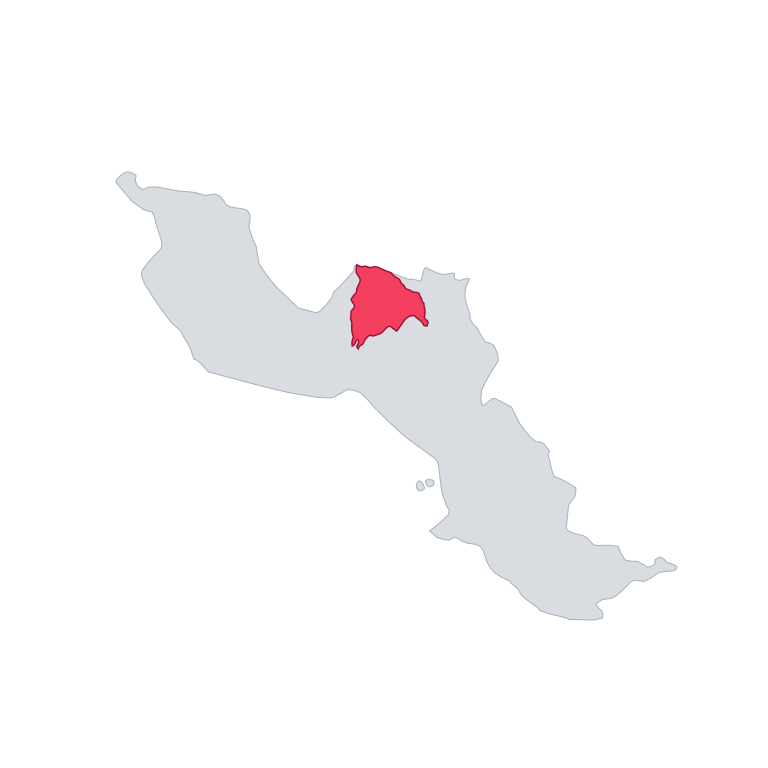 where Lilongwe sits in Malawi, rotated 141°
{"feature_id": "MWI-1909", "entity_name": "Lilongwe", "entity_type": "District", "adm_level": 1, "iso_a3": "MWI", "parent_name": "Malawi", "parent_adm1": "", "projection": "orthographic", "projection_center": [33.699, -14.021], "detail": "fine", "context": "in_parent", "style": "filled", "palette": "rose", "viewbox_px": 768, "rotation_deg": 141, "n_neighbors": 0, "source": "natural_earth", "source_scale": "10m", "svg_char_len": 5431}
<svg xmlns="http://www.w3.org/2000/svg" viewBox="0 0 768 768"><g transform="rotate(141 384 384)"><path d="M295.6,447.3L291.2,441.1L287.6,442.7L282.5,447.0L279.8,448.2L278.4,448.1L277.5,447.0L276.4,444.2L272.5,436.3L268.1,430.7L263.4,428.6L259.6,426.0L261.3,423.5L263.1,421.7L262.3,419.8L260.2,417.1L251.9,413.2L251.8,411.5L259.0,408.1L263.6,404.1L266.7,400.2L270.6,391.7L273.8,383.2L276.2,380.5L277.0,374.9L276.4,368.6L278.0,360.5L278.8,352.9L276.3,349.9L274.3,344.8L276.7,336.1L280.5,330.1L298.8,323.8L311.6,318.1L314.3,315.6L318.7,310.8L321.1,306.1L319.3,304.6L309.3,304.5L306.8,302.7L299.5,286.2L303.5,267.1L303.8,259.7L303.7,250.4L302.4,243.7L299.2,240.8L297.3,237.2L297.8,227.3L300.8,226.1L307.1,213.0L310.0,205.3L306.6,199.1L302.8,190.3L301.1,184.7L300.1,182.9L302.7,179.4L307.1,176.1L311.9,175.1L317.0,173.5L333.2,157.2L333.4,154.1L330.5,148.6L324.4,140.4L323.1,137.0L322.3,127.1L319.9,124.2L311.0,117.5L304.2,110.5L306.3,103.4L307.5,95.7L304.1,91.4L299.0,87.0L295.9,80.5L294.5,75.7L290.5,73.8L286.8,73.8L284.2,76.8L281.3,76.5L277.8,75.5L276.6,71.3L276.4,66.8L274.0,63.8L271.7,59.5L271.4,57.3L272.8,56.6L275.9,56.2L289.0,64.7L296.9,65.1L305.8,66.7L313.3,74.2L317.2,75.1L322.2,74.1L336.4,73.3L342.2,74.4L349.5,78.8L352.4,79.4L357.0,79.6L357.8,78.4L358.3,75.8L357.5,70.6L358.5,67.7L361.3,64.6L369.1,68.2L388.5,84.7L389.1,86.8L401.4,103.1L405.4,110.0L405.4,113.6L409.2,127.8L410.0,134.5L409.1,139.5L409.3,143.6L410.8,149.4L410.3,151.8L414.6,160.4L416.7,167.5L417.1,174.5L415.9,181.3L412.0,191.2L411.3,195.2L412.1,198.9L414.6,202.8L418.8,207.1L422.0,212.2L424.1,218.3L425.9,221.0L428.1,221.0L432.2,221.9L435.6,225.5L439.4,231.4L440.6,238.2L441.2,241.1L430.2,240.9L416.3,241.9L412.9,244.6L411.8,250.5L407.5,262.7L405.0,267.1L399.9,275.3L392.6,286.8L391.1,290.6L391.4,294.5L395.6,310.2L400.0,326.7L401.4,333.2L404.5,355.1L406.2,370.7L406.4,379.8L407.8,392.0L411.8,398.6L415.9,402.7L431.4,405.3L436.1,408.3L444.8,416.2L463.9,437.8L474.4,451.5L483.6,463.7L500.0,486.2L512.7,503.8L514.1,520.1L516.2,522.5L511.8,534.6L508.8,554.1L510.7,567.1L509.6,589.3L507.0,612.8L504.0,621.3L500.2,624.4L491.3,626.9L471.6,629.7L468.7,632.4L466.1,637.0L462.1,647.8L457.3,658.7L455.8,663.4L456.7,664.5L460.9,670.1L464.9,684.4L465.5,708.9L464.0,710.7L458.2,711.8L452.0,711.4L449.5,710.0L447.2,707.3L445.5,702.0L449.6,698.4L451.1,692.0L448.6,686.5L443.3,685.3L436.7,680.3L422.6,663.8L410.8,652.3L404.0,642.7L396.9,638.9L394.9,636.6L393.2,632.5L393.2,626.8L393.9,622.5L391.7,617.7L384.6,610.2L381.3,606.1L381.2,601.2L384.2,596.5L390.3,590.7L395.0,579.0L396.7,571.4L405.4,556.2L406.6,542.9L406.8,532.3L406.3,524.4L404.2,508.1L402.7,496.9L392.0,482.2L388.5,480.8L378.4,482.0L369.6,484.2L365.3,487.2L358.8,487.4L341.7,489.9L336.3,491.0L333.2,493.7L331.4,494.2L320.6,482.9L311.1,470.6L299.1,449.8L295.6,447.3ZM421.1,286.1L418.2,286.8L416.4,285.3L416.8,280.8L417.9,277.5L420.8,277.0L422.8,277.9L424.2,279.4L424.2,281.8L423.3,284.3L421.1,286.1ZM414.7,277.9L413.0,282.4L409.6,282.3L406.4,278.3L407.4,275.2L410.5,274.3L413.3,275.4L414.7,277.9Z" fill="#d9dde1" stroke="#a8b0b8" stroke-width="1"/><path d="M329.9,493.7L328.8,490.5L328.1,489.4L327.1,488.7L324.9,487.7L324.0,486.9L323.3,485.8L322.9,484.8L322.3,483.8L321.2,482.8L317.8,481.2L316.7,480.4L315.2,478.4L311.0,469.9L309.6,467.9L308.4,465.6L308.6,464.1L307.7,459.9L306.4,456.4L306.2,455.2L306.4,454.2L307.0,452.3L307.2,451.0L306.6,448.4L306.6,447.6L306.7,447.0L306.9,446.3L307.1,445.2L306.9,444.2L306.6,443.3L304.9,440.8L303.7,437.6L303.4,437.0L302.8,436.4L302.2,435.9L301.5,435.2L300.7,434.2L299.9,432.6L299.8,431.9L299.9,431.3L300.5,430.7L300.7,430.1L300.9,429.4L301.0,427.3L301.1,426.7L301.3,426.3L301.8,425.6L302.1,425.1L302.3,424.5L302.5,423.6L302.4,422.9L302.2,422.3L302.2,421.8L302.4,421.4L302.6,421.0L303.7,419.8L303.9,419.4L304.2,418.4L304.6,417.6L305.0,416.9L305.3,416.5L305.9,415.8L306.4,414.6L307.9,412.9L310.3,410.9L310.6,410.4L310.9,409.7L311.0,408.3L311.0,407.5L310.8,407.0L310.6,406.6L310.5,406.2L310.6,405.5L311.3,403.7L311.8,403.4L312.6,403.1L313.0,403.0L313.7,402.1L315.3,403.1L315.7,403.5L316.1,404.1L316.1,404.7L315.6,407.8L315.6,409.1L317.0,415.3L317.1,416.5L317.4,417.7L318.2,418.9L322.1,420.9L326.9,421.0L339.9,417.3L340.7,417.2L341.1,417.4L341.3,418.2L341.4,419.0L341.6,419.8L342.1,421.7L342.4,423.7L342.8,424.7L343.7,425.6L345.2,426.1L348.1,426.0L352.1,425.4L353.2,425.4L354.5,425.5L356.5,425.9L358.9,426.9L360.5,427.4L361.1,427.6L362.1,428.2L362.8,428.8L363.0,429.1L363.4,429.8L364.2,430.5L365.4,431.1L369.6,430.7L371.4,430.3L372.8,429.6L373.8,429.0L374.8,428.6L375.8,428.4L378.8,428.8L379.7,428.8L381.9,427.5L381.8,429.9L380.8,430.8L378.6,431.7L377.5,432.5L376.9,433.1L376.6,433.7L376.5,434.3L376.6,434.8L377.1,435.2L377.8,435.3L378.6,435.0L381.5,433.5L382.1,433.3L382.8,433.2L383.8,433.2L384.7,433.5L383.2,436.0L381.7,437.4L379.6,438.9L378.6,439.4L378.2,440.0L377.8,440.8L377.5,441.9L375.2,446.1L374.4,447.1L373.3,448.4L372.2,449.8L371.0,451.2L370.3,452.3L369.8,453.3L369.0,455.7L367.7,457.0L366.4,457.9L365.5,459.3L364.5,460.3L363.5,461.2L362.6,461.6L359.5,462.0L358.3,462.7L357.7,463.5L357.3,464.7L356.9,468.6L356.5,470.0L355.8,470.8L355.1,471.1L354.4,471.1L353.6,471.2L351.6,472.0L350.8,472.2L349.4,472.1L348.4,472.4L346.6,473.7L345.6,474.7L344.7,475.4L339.0,478.2L338.0,478.8L337.2,479.6L336.6,480.6L336.2,481.9L336.0,483.2L335.7,486.9L335.5,487.8L333.6,490.6L332.9,491.3L332.1,491.8L331.4,493.0L329.9,493.7Z" fill="#f43f5e" stroke="#9f1239" stroke-width="1.5"/></g></svg>